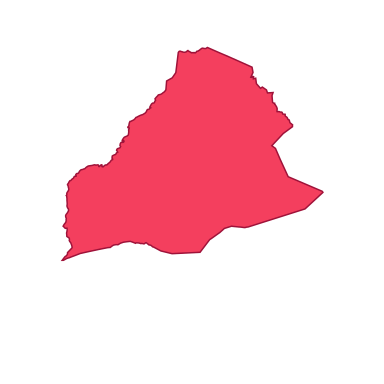 Chalchihuitán, Chiapas, Mexico, rotated 219°
{"feature_id": "50627088B30543908012304", "entity_name": "Chalchihuitán", "entity_type": "district", "adm_level": 2, "iso_a3": "MEX", "parent_name": "Mexico", "parent_adm1": "Chiapas", "projection": "equal_earth", "projection_center": [-92.579, 17.033], "detail": "fine", "context": "isolated", "style": "filled", "palette": "rose", "viewbox_px": 384, "rotation_deg": 219, "n_neighbors": 0, "source": "geoboundaries", "source_scale": "gbopen_adm2", "svg_char_len": 6080}
<svg xmlns="http://www.w3.org/2000/svg" viewBox="0 0 384 384"><g transform="rotate(219 192 192)"><path d="M293.0,127.4L293.3,126.9L293.4,124.9L293.6,124.4L294.0,124.0L293.9,122.2L293.5,120.8L293.6,120.0L293.5,119.5L293.2,119.2L292.5,119.0L292.0,118.7L291.2,117.9L290.7,117.7L290.3,117.3L289.7,116.8L289.2,116.1L289.0,115.2L288.8,114.1L288.8,113.5L288.7,112.8L288.3,111.9L287.7,111.3L287.5,110.8L287.5,110.1L286.9,110.0L285.2,108.4L284.7,107.8L283.9,106.8L281.9,104.7L281.2,103.8L280.7,102.9L280.1,102.2L279.3,101.7L278.6,101.3L277.7,101.2L276.9,100.6L276.3,99.8L276.1,99.5L275.9,98.5L275.9,98.0L275.7,97.1L275.7,95.4L275.5,94.5L275.2,93.9L274.7,93.4L274.4,93.1L273.1,92.4L272.7,91.7L272.4,91.2L272.1,91.0L271.7,90.4L271.0,89.0L271.0,88.1L271.0,87.3L271.0,86.6L270.8,85.1L270.6,84.3L269.9,84.3L268.7,84.1L267.6,84.0L266.4,85.2L265.3,84.2L264.3,82.5L263.7,81.2L262.5,80.0L261.3,78.7L258.6,78.9L257.6,78.3L256.9,77.1L255.9,76.6L254.2,76.2L252.0,74.9L250.8,74.0L250.2,73.4L250.1,72.7L250.6,66.6L250.1,65.9L249.6,65.1L249.5,63.4L250.0,62.0L250.0,60.0L249.9,57.2L249.0,57.9L248.5,59.0L248.3,59.5L247.7,61.1L247.4,61.7L247.1,62.1L246.7,62.8L246.0,63.7L244.9,65.7L242.9,69.1L240.1,74.0L238.8,75.6L235.8,79.4L228.8,88.1L222.5,95.7L220.6,97.5L220.3,99.1L219.6,101.3L218.0,103.2L216.3,104.5L215.4,107.1L213.7,109.8L211.4,112.3L208.9,114.8L206.5,115.7L203.6,116.6L203.4,117.3L202.9,117.8L202.1,118.3L201.1,119.0L199.8,119.5L199.3,119.7L199.0,120.1L198.0,120.8L196.6,121.5L196.5,121.8L196.2,122.5L196.2,123.1L195.8,123.7L195.3,123.8L192.0,123.8L191.4,124.3L190.4,124.7L188.9,124.7L188.2,124.6L187.8,124.7L187.4,125.0L179.1,126.6L168.7,131.5L147.8,150.2L148.3,166.2L147.7,167.9L147.2,169.7L145.5,175.9L144.9,177.9L143.9,184.1L139.6,190.5L138.9,190.8L135.0,193.4L133.9,194.1L131.9,195.5L128.9,197.3L128.4,197.8L127.9,198.3L127.8,198.7L126.4,200.1L93.5,250.0L90.0,274.1L91.1,274.5L91.6,274.4L126.9,264.4L143.9,272.8L154.6,278.4L159.1,278.2L157.9,294.9L155.0,306.0L155.4,306.3L156.1,307.5L159.5,307.5L161.7,309.1L162.0,309.1L162.5,309.0L162.6,308.9L162.8,308.9L163.0,308.8L164.8,309.7L165.2,309.8L165.4,309.8L165.9,309.8L166.4,309.7L166.9,309.7L167.5,309.8L168.5,311.0L170.5,309.7L171.0,309.9L171.3,310.1L171.5,310.3L172.2,310.6L172.6,310.5L173.7,309.7L174.0,309.6L174.4,309.5L174.7,309.4L174.9,309.3L175.2,309.2L175.4,308.9L175.6,308.6L176.5,308.0L177.2,308.8L177.5,309.3L177.7,309.5L177.9,309.9L178.0,310.1L178.3,310.4L178.5,310.5L178.8,310.7L179.4,311.2L179.7,311.3L180.0,311.4L180.7,311.7L181.5,311.9L182.1,312.2L182.9,312.2L183.6,313.0L184.5,312.4L185.8,312.4L188.9,315.6L190.5,317.3L191.6,320.3L195.7,316.5L198.4,318.2L203.4,317.8L204.0,315.7L210.1,316.7L214.1,320.5L215.5,318.6L216.7,320.4L217.6,320.0L217.5,318.8L218.5,318.2L219.8,323.3L223.9,326.8L248.3,320.3L259.6,317.1L271.0,314.0L271.1,313.7L271.3,313.0L271.4,312.5L271.6,312.2L272.0,311.8L273.0,311.1L273.5,310.9L274.5,310.3L274.8,309.8L274.9,309.4L275.3,308.0L275.4,307.4L275.4,306.8L275.8,306.2L275.9,305.9L275.9,305.6L276.0,305.2L276.5,304.8L276.9,304.2L276.8,303.5L276.8,303.1L277.0,302.2L277.4,301.9L277.7,301.9L277.9,301.8L278.2,301.7L278.2,301.4L278.6,301.0L279.2,300.6L279.7,300.4L279.8,300.0L280.3,299.9L280.5,299.7L281.4,299.6L281.8,299.7L282.4,299.6L282.9,299.3L283.3,299.3L283.7,299.3L284.2,299.4L284.5,298.9L284.5,298.5L284.5,298.0L284.6,297.7L284.8,297.1L285.1,296.7L285.4,296.2L285.8,295.8L286.2,295.6L286.7,295.2L287.9,294.8L288.2,294.7L288.7,294.4L289.5,294.1L289.9,294.0L290.3,293.5L290.4,293.3L290.5,293.1L290.5,292.6L290.5,292.1L290.4,291.7L279.7,274.6L279.2,268.3L281.6,262.3L276.6,255.0L276.5,253.0L276.6,252.1L276.8,251.5L277.0,250.9L277.2,249.7L277.4,249.1L277.8,248.2L278.2,247.6L278.4,247.4L279.1,246.5L279.3,245.9L279.2,245.3L279.3,244.1L279.4,243.1L279.4,241.1L278.4,240.6L278.0,240.3L278.0,239.8L278.0,239.2L277.9,238.7L277.5,237.9L277.6,237.4L277.8,236.9L278.4,236.5L278.6,236.1L278.8,235.2L278.8,234.4L278.5,233.0L278.4,232.1L278.0,231.7L278.1,231.3L277.7,231.2L277.2,231.3L277.4,230.9L277.4,230.2L277.4,229.6L277.9,228.8L278.5,228.1L278.5,227.2L278.4,226.8L278.3,226.5L278.1,225.9L278.0,224.9L278.1,223.7L278.5,222.7L278.9,221.4L280.0,219.7L280.4,219.0L280.9,218.0L281.3,217.1L281.6,216.4L282.0,215.4L282.5,214.6L282.4,213.3L282.5,212.3L282.7,211.2L283.6,209.4L283.9,208.6L284.6,207.8L284.2,206.3L283.6,205.1L282.6,203.5L282.7,202.8L282.7,202.0L282.2,201.7L281.8,201.8L281.4,202.2L281.0,202.2L280.7,201.5L280.5,200.8L280.3,200.2L279.9,200.0L279.5,199.5L279.2,199.1L278.9,198.8L278.5,198.1L278.0,197.3L277.6,196.7L277.4,195.8L277.8,194.4L278.7,192.8L279.1,191.8L279.1,190.4L278.8,188.4L278.6,188.0L278.3,187.9L278.0,188.3L277.6,188.9L277.2,188.9L276.8,188.7L276.6,188.3L276.6,187.7L276.7,187.3L277.1,186.9L277.7,186.7L278.2,186.1L278.3,185.4L278.2,184.6L277.6,183.4L277.1,182.7L276.5,182.6L276.1,182.4L275.9,181.7L275.9,181.2L275.9,180.8L276.4,180.1L276.6,179.5L277.0,179.1L277.2,178.7L277.2,178.1L277.1,177.4L276.7,176.8L276.0,176.8L275.6,176.6L275.3,176.4L274.8,176.2L275.2,175.2L275.3,174.5L275.0,174.2L275.1,173.4L275.2,172.7L275.6,172.3L276.4,170.6L276.6,169.6L275.9,168.9L275.6,168.0L274.9,167.9L274.3,167.6L274.1,167.1L274.5,166.7L274.7,165.8L274.6,164.1L274.6,163.1L274.8,162.4L275.0,161.6L275.1,161.0L275.0,160.2L275.2,159.8L275.6,159.1L276.2,158.6L276.5,158.1L276.8,156.9L276.8,156.0L277.0,155.6L277.7,155.1L277.9,155.1L278.2,155.3L278.4,155.7L278.8,156.3L279.3,156.3L279.8,155.7L280.0,153.7L280.1,153.4L280.3,153.2L280.5,153.2L280.7,153.3L281.0,153.6L281.5,154.0L282.0,154.0L282.3,153.8L282.9,153.2L283.3,152.7L283.7,152.3L284.2,152.2L285.1,151.6L285.6,150.8L286.0,150.3L286.5,149.6L287.2,148.9L288.0,148.0L288.6,147.4L289.2,146.5L289.3,145.8L289.6,145.3L289.9,143.7L289.9,142.9L290.1,142.4L290.4,142.0L290.7,141.7L291.1,140.8L291.6,140.2L292.2,139.5L292.4,138.5L292.5,137.5L292.4,136.8L292.3,136.3L292.1,135.7L292.1,135.2L292.3,134.8L292.4,134.5L292.8,134.3L293.2,133.7L293.3,132.9L293.2,132.3L293.1,132.1L292.8,132.0L292.4,131.9L292.0,131.4L292.4,130.9L292.9,130.5L293.2,130.1L293.1,129.7L293.2,129.3L292.9,128.4L293.0,127.4Z" fill="#f43f5e" stroke="#9f1239" stroke-width="1.5"/></g></svg>